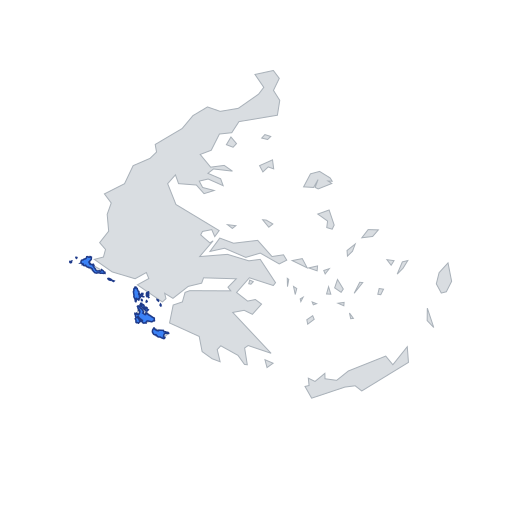 Ionion Nison, Ionioi Nisoi, Greece shown in context, rotated 336°
{"feature_id": "26713481B82557054028644", "entity_name": "Ionion Nison", "entity_type": "district", "adm_level": 2, "iso_a3": "GRC", "parent_name": "Greece", "parent_adm1": "Ionioi Nisoi", "projection": "orthographic", "projection_center": [20.46, 38.773], "detail": "fine", "context": "in_parent", "style": "filled", "palette": "blue", "viewbox_px": 512, "rotation_deg": 336, "n_neighbors": 0, "source": "geoboundaries", "source_scale": "gbopen_adm2", "svg_char_len": 9776}
<svg xmlns="http://www.w3.org/2000/svg" viewBox="0 0 512 512"><g transform="rotate(336 256 256)"><path d="M328.9,89.7L347.3,93.6L349.5,103.2L339.3,111.8L341.0,123.5L332.8,136.1L295.1,126.3L284.0,133.5L272.2,129.7L258.1,141.2L246.3,140.5L250.7,156.4L263.8,160.3L269.0,168.9L252.6,159.2L245.7,160.9L255.1,171.1L254.6,178.4L243.6,166.2L234.6,164.5L235.1,171.7L244.4,179.1L233.9,177.9L230.4,166.9L214.7,158.4L215.4,149.1L204.7,154.0L203.8,176.4L232.7,217.8L226.2,221.5L226.3,213.9L217.1,211.8L214.1,214.2L216.0,218.5L219.2,225.2L223.0,224.7L204.3,233.6L230.6,242.9L247.5,257.5L258.5,260.8L263.0,288.3L259.8,290.0L241.1,273.2L223.4,281.4L230.0,293.8L237.7,295.5L241.5,302.2L229.0,307.8L223.1,300.8L211.8,298.1L230.2,351.0L212.4,334.6L208.2,335.4L203.8,351.8L201.4,350.4L199.1,339.4L187.3,323.7L182.5,325.7L180.2,338.0L174.1,332.0L167.9,321.4L171.4,306.4L149.8,282.0L160.4,267.1L170.1,268.0L176.4,260.4L181.3,260.7L218.8,277.6L217.7,273.1L228.7,268.8L199.2,254.6L195.3,258.7L181.7,256.2L162.9,260.9L157.4,252.9L156.4,258.4L151.8,259.9L135.9,234.1L148.9,233.0L149.1,226.5L136.3,227.6L118.1,212.0L106.9,193.3L116.2,194.9L121.2,188.8L118.6,180.2L131.5,173.4L137.0,157.4L145.3,148.7L142.8,137.6L165.3,136.5L180.5,123.5L198.9,123.7L207.4,120.6L209.3,113.1L240.4,109.5L255.5,102.1L272.3,100.1L282.1,109.3L299.9,113.9L324.2,109.2L331.7,105.1L328.9,89.7ZM258.9,394.6L271.2,391.2L269.1,396.2L279.1,402.4L293.6,398.6L333.8,400.2L336.8,411.0L357.3,400.4L352.0,415.2L297.7,422.3L293.8,414.9L283.9,411.9L249.0,408.5L247.7,395.1L251.8,395.9L254.1,388.9L258.9,394.6ZM230.2,224.9L240.7,235.2L263.9,242.4L270.4,263.0L281.6,266.1L282.4,272.3L274.0,272.7L261.1,255.1L246.1,253.1L230.4,236.1L215.8,233.1L230.2,224.9ZM348.5,204.6L355.5,214.9L356.0,218.7L352.3,216.8L354.7,220.6L340.1,220.0L337.9,217.4L343.8,211.4L336.5,216.8L327.6,212.2L339.2,203.1L348.5,204.6ZM415.3,366.1L410.2,365.2L409.4,354.8L416.5,345.7L428.6,340.4L424.4,358.7L415.3,366.1ZM340.0,259.5L336.5,262.5L332.2,258.8L335.6,253.2L329.5,242.8L341.5,243.7L340.0,259.5ZM128.1,253.6L136.8,269.9L135.7,273.4L126.6,271.6L123.8,265.4L120.0,268.1L128.1,253.6ZM109.7,206.8L102.4,205.4L93.6,190.4L104.1,190.2L101.1,195.3L109.7,206.8ZM310.2,174.9L307.6,183.6L303.4,179.6L296.5,182.0L296.0,174.9L310.2,174.9ZM369.2,277.5L378.4,281.9L370.5,285.6L360.1,282.4L369.2,277.5ZM283.9,145.4L279.3,147.3L274.2,142.3L281.5,137.1L283.9,145.4ZM133.1,280.3L144.8,291.0L138.0,293.2L130.3,283.9L133.1,280.3ZM322.3,321.7L319.0,323.8L314.9,317.1L320.9,310.6L322.3,321.7ZM297.2,277.2L297.9,287.6L287.2,274.9L297.2,277.2ZM391.3,373.3L389.3,393.6L386.1,384.6L391.3,373.3ZM133.9,245.7L127.8,248.4L133.0,235.6L133.9,245.7ZM228.0,360.9L220.7,362.4L222.0,354.4L228.0,360.9ZM377.6,330.0L387.3,320.9L392.8,321.9L385.3,327.0L377.6,330.0ZM339.5,293.3L341.4,288.0L351.5,285.4L346.1,290.9L339.5,293.3ZM309.8,313.6L308.8,321.3L305.0,319.4L309.8,313.6ZM308.2,290.1L305.8,294.4L299.3,288.3L308.2,290.1ZM284.4,233.6L279.4,234.9L276.8,225.6L279.9,227.3L284.4,233.6ZM318.1,152.8L314.0,154.3L309.2,150.6L313.5,148.7L318.1,152.8ZM283.5,333.6L283.4,337.5L275.5,339.3L276.5,334.9L283.5,333.6ZM342.7,323.7L330.5,330.0L340.1,322.2L342.7,323.7ZM276.4,290.7L272.3,296.8L275.5,289.1L276.4,290.7ZM317.8,297.4L311.9,300.5L312.0,296.8L317.8,297.4ZM359.0,338.2L354.2,342.1L351.7,340.5L355.3,335.8L359.0,338.2ZM380.2,316.4L375.7,319.4L374.1,312.6L380.2,316.4ZM280.0,302.3L276.2,307.1L277.9,299.1L280.0,302.3ZM133.4,254.8L133.7,261.3L130.4,253.4L133.4,254.8ZM317.6,334.2L316.0,337.2L311.7,332.5L317.6,334.2ZM249.9,220.1L245.6,221.2L242.7,215.8L249.9,220.1ZM243.1,278.4L239.9,279.7L238.1,278.4L240.5,275.4L243.1,278.4ZM282.3,312.8L278.4,315.9L278.9,313.2L282.3,312.8ZM318.2,346.1L319.6,352.6L317.0,351.8L318.2,346.1ZM291.9,324.2L288.5,323.9L288.6,320.8L291.9,324.2Z" fill="#d9dde1" stroke="#a8b0b8" stroke-width="1"/><path d="M128.1,253.7L127.3,253.7L127.1,253.9L127.3,254.5L127.0,255.7L127.4,256.1L127.2,256.7L127.6,258.0L127.4,258.3L127.1,258.4L127.1,258.0L126.7,257.9L126.7,258.2L127.3,258.6L127.5,259.1L126.9,260.2L125.3,261.6L124.8,261.7L124.5,260.9L124.0,261.1L123.6,260.8L123.5,260.5L123.4,259.4L122.7,259.6L122.2,260.4L122.1,259.8L121.9,259.4L121.7,259.8L121.8,260.7L121.3,262.5L121.4,263.4L121.0,263.9L120.2,264.1L120.1,264.6L120.2,265.9L119.4,267.6L119.5,268.1L119.7,268.4L120.3,268.4L120.9,268.8L121.1,269.5L121.3,269.6L121.5,269.3L123.3,268.9L123.3,265.8L123.0,265.0L123.0,264.3L122.7,263.8L123.0,263.2L123.5,263.1L123.8,263.2L124.1,264.9L124.6,265.9L124.9,266.9L125.3,267.2L125.6,268.1L126.1,268.6L125.9,268.8L125.7,268.8L124.8,267.4L124.5,267.6L124.9,268.5L124.7,269.1L125.5,270.3L125.3,270.8L126.0,271.4L126.2,271.8L127.0,271.8L128.2,272.5L128.3,272.0L128.6,271.7L129.1,271.6L129.5,271.2L130.2,271.1L131.1,271.5L131.8,272.1L133.0,272.9L133.5,273.5L134.9,273.8L135.9,273.4L136.8,273.9L137.1,273.5L137.2,272.7L137.8,271.5L137.7,271.0L136.9,270.4L136.5,269.6L136.0,269.2L135.4,267.9L133.8,265.9L133.2,264.0L133.0,263.9L132.3,264.1L132.6,263.3L132.5,263.1L132.3,263.1L132.0,263.4L132.0,263.8L131.4,264.5L130.8,264.5L130.1,263.4L129.9,262.5L129.4,262.1L130.6,261.3L130.4,259.6L129.9,257.2L129.4,257.0L129.4,256.6L129.1,255.8L128.9,254.3L128.1,253.7ZM102.2,188.2L101.1,187.8L100.2,188.8L99.2,189.3L98.7,189.0L97.8,189.1L97.5,188.9L96.2,189.3L95.4,188.9L94.8,189.0L94.0,189.7L93.4,191.0L92.9,191.1L93.4,191.3L93.8,191.9L94.0,192.7L93.8,193.2L94.0,193.2L94.2,192.6L94.9,193.0L94.6,194.4L94.8,194.7L95.6,195.2L96.1,195.0L96.6,195.2L96.5,195.8L97.3,197.4L98.3,198.0L98.4,198.5L99.5,199.0L100.4,199.9L101.2,201.3L100.9,202.1L101.1,202.7L101.2,203.7L102.0,205.8L103.6,206.9L104.3,206.9L106.0,207.6L106.8,208.5L108.0,208.9L110.0,210.1L110.5,210.0L111.0,210.4L111.4,209.4L110.8,208.8L110.5,208.2L110.4,207.4L109.4,205.7L108.9,206.3L107.5,206.8L107.2,206.6L106.9,205.7L105.6,205.5L104.4,204.7L104.1,204.3L103.9,203.3L103.9,202.2L103.5,201.2L103.4,200.2L103.6,199.3L103.1,198.7L103.3,198.3L103.6,199.1L104.1,198.8L104.1,198.3L103.9,198.1L104.1,197.5L104.0,197.3L103.1,197.3L101.8,196.7L101.4,196.3L101.2,196.3L100.9,195.7L101.0,195.6L101.5,195.5L101.4,195.2L100.9,194.9L101.0,194.2L100.8,194.0L101.0,193.4L101.6,193.3L102.4,192.7L103.1,192.6L104.2,192.0L105.2,190.1L104.7,189.5L104.5,189.8L104.2,189.7L103.9,189.1L103.5,189.4L102.6,189.0L102.4,188.7L102.2,188.2ZM136.3,284.6L135.0,283.7L134.6,282.7L134.3,282.7L134.0,282.3L134.0,281.9L133.7,281.5L133.8,280.7L133.6,280.2L133.4,280.2L131.5,281.5L130.7,282.6L130.4,283.7L130.4,284.3L130.7,284.8L130.6,285.6L130.7,285.9L131.4,286.8L132.6,287.1L132.6,287.4L132.3,287.7L132.4,288.2L133.1,288.5L133.2,289.4L133.8,290.2L135.6,291.1L136.3,292.2L136.8,292.7L137.2,292.9L137.4,293.3L137.8,293.8L138.5,294.1L139.6,293.6L139.5,293.1L138.7,292.3L138.9,291.6L139.5,291.0L139.8,290.4L140.8,289.8L141.9,289.7L142.3,290.1L143.5,290.5L144.1,291.1L144.6,291.2L144.4,291.5L144.7,291.3L144.6,290.1L144.5,289.9L143.1,289.2L142.7,288.5L141.1,287.7L141.2,286.3L138.2,284.8L136.9,284.3L136.3,284.6ZM132.6,236.1L132.6,235.7L133.1,235.3L132.7,235.2L132.2,236.2L131.6,236.0L131.2,236.2L130.7,237.0L130.3,238.1L129.7,238.4L129.4,239.0L128.5,242.4L127.8,243.6L127.9,246.2L127.5,247.9L127.3,248.2L127.5,248.9L127.3,249.4L128.4,248.1L129.3,246.0L129.7,246.1L129.7,246.7L130.1,247.4L130.7,247.4L130.7,248.1L131.0,248.6L131.3,248.4L131.1,248.0L131.1,247.7L131.5,247.2L132.2,247.4L132.7,247.2L132.8,246.6L133.1,246.5L133.1,245.6L133.3,245.7L133.6,246.3L133.8,246.5L134.1,246.2L134.2,245.5L133.7,244.1L134.2,243.6L134.2,242.9L133.9,242.5L133.8,242.4L133.6,242.7L133.7,243.3L133.6,243.7L133.4,243.8L133.2,243.6L133.3,243.1L133.5,242.9L133.7,242.3L134.4,241.5L134.5,241.2L134.5,240.7L134.1,240.2L134.0,239.6L134.1,239.2L134.0,238.1L134.3,237.4L134.1,237.3L133.6,236.0L132.6,236.1ZM132.2,254.4L132.2,253.3L132.4,252.8L131.7,252.3L131.4,252.3L131.3,252.7L131.5,253.0L131.5,253.5L131.3,254.0L130.4,253.4L130.2,253.5L130.1,253.9L130.6,255.2L131.1,255.5L131.1,256.2L131.4,257.1L132.1,258.5L132.0,259.1L132.4,259.6L132.8,259.8L133.1,261.2L133.5,261.8L134.2,262.0L135.8,261.3L135.7,261.1L135.0,260.7L134.9,260.0L134.9,259.8L135.2,259.5L134.9,259.1L135.3,258.8L134.7,258.0L134.0,257.7L134.2,258.0L133.6,257.9L133.4,258.0L134.0,258.7L134.0,259.0L133.5,258.6L133.1,258.6L132.7,259.0L132.3,258.9L132.4,258.3L133.6,255.5L133.0,254.9L133.2,254.7L133.1,254.4L132.9,254.3L132.9,254.6L132.6,254.7L132.2,254.4ZM143.0,244.9L142.2,245.2L141.3,245.1L140.7,245.5L140.3,246.6L140.0,246.9L139.7,247.7L139.8,248.6L140.1,248.5L140.4,248.2L140.6,247.6L140.5,247.4L140.8,247.1L142.0,246.8L142.2,246.2L142.9,245.9L143.3,245.3L143.2,245.0L143.0,244.9ZM136.4,243.7L136.1,244.2L135.4,244.4L134.8,244.2L134.6,245.7L136.0,247.1L137.4,248.0L136.8,247.4L135.9,246.9L135.4,246.0L135.5,245.7L135.8,245.3L136.1,245.5L136.6,245.4L137.0,245.1L137.4,244.5L137.4,244.2L136.8,244.2L136.8,243.9L136.4,243.7ZM114.5,219.3L114.3,218.7L113.8,218.4L113.8,217.9L113.3,217.5L112.9,216.9L111.9,216.3L111.5,216.4L111.5,216.9L112.1,218.2L113.3,219.1L114.5,219.3ZM84.3,185.8L83.7,185.3L83.4,185.8L83.5,186.4L84.0,186.9L84.8,186.8L85.2,186.0L85.6,185.6L85.2,185.5L84.3,185.8ZM141.2,250.3L141.0,249.7L141.4,249.1L142.0,248.4L142.4,247.3L142.2,247.3L141.4,248.6L140.8,249.1L140.8,250.0L140.9,250.3L141.2,250.3ZM148.8,256.3L148.5,256.1L147.9,255.5L147.8,256.0L148.1,256.8L148.6,257.6L148.9,257.3L148.8,256.3ZM137.0,253.5L138.0,253.4L138.0,252.5L137.9,252.2L137.7,252.3L137.0,253.2L137.0,253.5ZM133.9,250.5L134.1,249.4L133.9,249.1L133.6,249.1L133.3,250.2L133.9,250.5ZM149.1,261.3L149.1,261.1L148.8,261.3L148.7,261.6L148.9,262.0L148.4,262.2L148.6,262.9L148.9,262.9L148.7,262.4L148.8,262.2L149.1,262.3L149.4,261.8L149.3,261.3L149.1,261.3ZM115.6,221.3L116.2,221.1L115.1,220.1L114.8,220.5L115.5,221.0L115.6,221.3ZM91.0,185.1L91.6,184.9L91.8,184.7L91.7,184.3L90.9,184.0L90.8,184.4L91.0,185.1Z" fill="#3b82f6" stroke="#1e3a8a" stroke-width="1.5"/></g></svg>